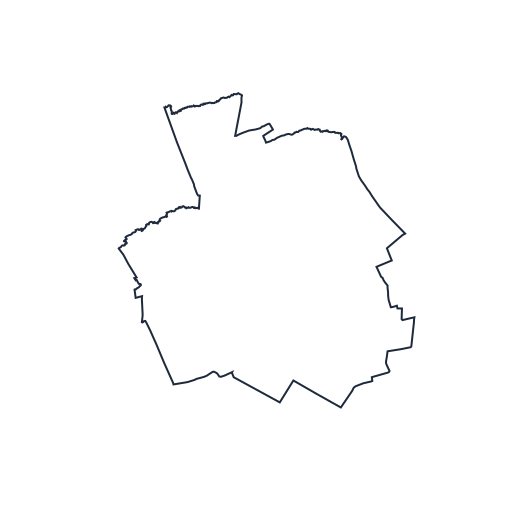 outline of Salcuta, Dolj, Romania, rotated 322°
{"feature_id": "2599482B15452275926082", "entity_name": "Salcuta", "entity_type": "district", "adm_level": 2, "iso_a3": "ROU", "parent_name": "Romania", "parent_adm1": "Dolj", "projection": "natural_earth1", "projection_center": [23.464, 44.234], "detail": "fine", "context": "isolated", "style": "outline", "palette": "slate", "viewbox_px": 512, "rotation_deg": 322, "n_neighbors": 0, "source": "geoboundaries", "source_scale": "gbopen_adm2", "svg_char_len": 6010}
<svg xmlns="http://www.w3.org/2000/svg" viewBox="0 0 512 512"><g transform="rotate(322 256 256)"><path d="M248.7,421.5L252.1,419.9L254.4,420.0L262.3,422.4L269.8,425.9L270.7,426.1L272.7,422.8L288.2,429.1L289.2,429.3L290.4,428.9L292.0,422.0L292.6,420.3L293.7,419.0L296.7,416.3L301.0,412.1L313.1,418.8L321.7,423.1L322.4,423.0L322.8,422.8L340.0,405.1L341.4,403.4L343.1,401.8L332.0,396.7L331.9,395.4L338.7,387.2L335.2,384.4L336.4,381.9L332.7,380.5L330.7,379.4L333.5,372.2L335.7,368.6L337.8,365.8L340.0,362.2L341.5,360.2L341.4,357.2L341.6,353.6L342.3,351.2L341.8,349.4L344.3,338.7L360.2,343.1L363.9,330.5L384.4,329.7L387.3,330.2L385.2,310.9L383.6,294.3L383.7,291.2L384.3,280.3L384.9,274.9L384.8,272.2L385.2,268.3L385.5,261.0L386.1,256.6L388.9,248.9L390.0,247.0L392.7,239.7L395.9,231.9L397.6,226.9L399.8,221.1L400.1,219.3L400.1,217.4L399.1,215.9L398.6,215.9L395.8,216.8L394.4,216.7L396.1,216.1L396.6,215.8L397.2,213.3L397.6,212.8L398.0,212.8L398.4,212.3L398.2,212.0L398.2,211.4L398.1,211.0L396.7,210.2L396.6,209.6L396.3,209.3L394.3,207.8L394.3,206.6L392.8,205.5L391.6,204.9L389.9,203.2L389.7,202.0L389.3,202.0L388.6,201.1L389.4,200.8L389.3,200.6L387.5,200.3L387.3,199.7L385.7,199.1L385.0,199.1L384.9,198.4L383.6,198.0L383.4,196.9L384.0,195.7L383.5,195.1L383.3,194.4L383.0,194.2L382.5,194.4L380.7,193.0L379.8,192.7L379.0,190.8L378.7,190.6L377.6,190.5L377.1,190.3L377.0,190.0L377.2,189.4L376.6,188.7L375.5,187.9L375.2,186.8L374.2,186.8L372.2,185.4L370.9,185.2L369.6,184.7L368.5,184.6L367.3,183.9L366.2,184.2L365.6,184.2L364.8,183.7L364.3,183.0L363.0,183.0L362.4,182.5L361.0,182.8L359.4,182.7L358.6,182.2L357.3,180.4L356.6,179.7L354.0,178.5L353.0,178.5L350.1,177.0L345.1,175.8L342.2,175.7L340.4,174.7L338.4,174.5L336.1,173.8L333.7,172.8L334.5,170.5L335.2,167.0L335.7,165.8L347.1,166.8L347.3,166.2L348.0,160.5L347.9,160.1L347.6,159.7L345.5,159.0L342.0,158.5L340.4,157.7L338.8,157.9L337.8,157.8L333.5,156.0L327.9,152.9L321.8,150.9L317.4,149.7L314.4,149.2L313.5,148.5L338.3,126.8L338.9,126.3L342.1,122.2L343.8,120.9L343.9,120.6L343.2,119.0L342.5,117.8L342.4,116.9L341.1,116.5L340.4,116.7L338.1,114.6L336.9,115.2L336.1,114.8L335.9,114.1L332.9,114.5L332.5,113.6L331.4,113.3L330.5,113.4L328.6,112.2L328.1,111.2L325.3,110.1L324.4,110.6L322.9,110.5L322.3,110.9L321.6,111.0L321.2,110.8L321.0,110.1L320.5,109.8L320.1,110.2L319.5,110.4L318.1,109.7L317.4,109.8L316.6,109.3L316.2,108.7L315.6,108.5L315.1,108.3L314.8,107.5L314.1,106.7L311.9,105.7L311.3,105.6L310.1,104.6L309.9,104.5L309.4,104.9L308.9,104.7L308.6,104.0L308.3,103.6L307.5,104.2L307.2,104.2L306.1,102.9L304.7,103.0L304.3,103.3L303.8,102.8L303.2,102.8L302.7,102.4L302.6,102.1L301.9,101.3L300.7,100.7L300.0,100.6L300.1,100.1L299.8,99.9L299.6,99.1L299.0,99.3L298.1,99.0L297.8,98.7L297.3,98.6L297.2,98.2L296.6,98.2L296.2,97.4L295.5,97.5L294.1,96.3L292.8,96.5L292.4,95.9L292.0,95.9L291.6,96.0L290.9,95.3L290.1,95.6L289.7,95.4L289.3,94.8L288.3,94.9L287.4,94.4L286.8,94.6L286.7,94.9L286.2,95.2L285.7,94.2L285.4,94.0L285.0,94.1L284.7,94.8L283.8,94.4L283.4,94.0L281.7,94.7L281.4,93.4L281.2,93.3L280.7,93.3L279.4,93.8L279.2,93.3L279.4,92.8L279.3,92.5L278.3,92.8L277.7,92.7L277.2,92.4L277.1,92.1L278.0,90.9L278.8,90.1L278.7,89.2L279.5,87.8L279.8,86.7L280.0,86.5L280.9,86.2L281.3,85.8L281.2,85.4L280.8,85.1L281.1,84.6L280.0,83.5L277.7,83.8L277.0,83.7L276.7,83.3L276.6,82.7L275.4,83.0L275.2,82.8L263.7,117.8L257.0,140.5L255.4,145.5L252.9,154.4L252.7,155.9L251.2,161.4L250.4,162.7L250.1,163.4L247.9,170.4L247.6,172.6L248.9,173.8L240.2,183.5L239.9,183.1L240.4,182.6L240.3,182.4L238.8,181.7L238.5,181.4L237.5,180.9L237.4,180.6L237.7,180.2L237.4,179.8L236.8,180.0L236.6,179.8L236.7,179.0L236.0,178.1L234.3,177.7L233.4,177.1L233.1,176.9L232.9,176.1L232.2,176.2L231.5,175.5L230.8,175.6L230.4,175.5L230.4,175.2L230.6,174.5L229.8,173.9L229.8,173.1L229.4,172.0L228.5,171.6L227.5,172.0L226.3,171.6L226.0,171.3L226.3,170.8L226.3,170.5L225.2,170.1L224.7,170.6L224.2,170.8L223.8,170.4L223.1,170.3L222.1,169.7L221.6,169.8L220.4,170.4L219.0,170.3L218.1,169.6L217.2,168.4L216.7,168.7L216.5,168.3L216.0,168.0L215.2,167.7L214.0,167.6L212.6,166.8L212.2,166.8L212.1,167.6L211.5,168.1L211.2,168.6L210.4,168.6L210.3,169.8L210.2,170.1L209.5,170.1L209.0,169.3L207.9,168.8L207.4,168.8L206.2,168.1L203.6,167.6L202.8,167.8L202.2,168.3L202.1,169.2L201.7,169.2L200.9,168.8L200.7,168.9L200.6,169.2L199.4,168.9L199.1,169.7L198.6,169.9L198.1,169.4L197.8,168.8L197.3,168.2L196.8,167.8L197.0,166.7L196.8,166.5L196.5,166.5L195.8,167.0L195.4,167.0L195.1,166.8L195.1,165.5L194.8,164.8L194.2,164.4L192.9,164.0L192.4,164.0L191.0,165.1L190.7,164.9L190.0,163.9L188.6,163.8L188.4,164.0L188.4,164.5L188.1,164.8L186.6,165.2L185.6,165.7L185.0,165.7L183.8,165.3L182.6,166.1L182.3,166.1L181.3,165.9L181.3,165.7L182.3,165.0L182.7,164.0L182.5,163.8L181.2,163.8L179.8,163.5L179.7,163.3L179.9,162.8L179.8,162.6L179.0,162.0L178.3,161.9L177.1,161.5L176.8,162.3L176.4,162.6L175.4,162.7L173.3,161.8L172.2,161.9L171.8,162.2L170.3,162.1L168.9,161.5L167.1,161.0L165.3,160.8L164.8,160.9L164.5,161.1L164.6,162.8L164.4,163.1L163.4,163.1L162.7,162.8L161.4,162.8L161.1,163.0L161.2,163.5L162.2,164.3L162.4,164.7L162.2,165.4L162.2,166.1L161.7,166.5L161.3,166.4L160.9,166.0L160.3,165.9L159.3,166.7L158.7,166.6L158.3,166.5L157.8,165.7L157.2,165.4L156.2,165.4L155.0,165.8L153.1,165.4L152.4,165.6L152.3,173.2L150.5,183.7L148.7,199.3L146.5,198.5L146.3,201.2L147.2,201.3L146.5,205.6L146.6,205.9L147.7,207.0L147.5,207.9L147.0,208.2L145.7,208.2L145.1,208.4L144.0,208.5L142.7,208.2L140.8,208.3L140.2,207.8L139.6,207.7L135.4,214.9L141.5,217.5L139.9,219.2L130.8,232.1L129.8,233.3L125.3,237.9L125.7,238.5L126.4,238.6L127.5,238.4L128.6,238.8L128.8,239.0L128.5,241.3L126.8,249.4L123.2,263.9L117.8,283.7L112.5,305.1L111.9,306.4L124.4,313.2L129.7,315.2L132.0,316.0L133.2,316.1L140.5,319.2L143.4,320.0L150.6,320.6L151.6,321.3L152.8,323.6L153.0,324.3L153.1,325.2L152.9,328.3L153.8,329.5L157.3,330.8L165.7,332.8L165.3,333.0L164.9,333.9L163.8,337.8L184.6,386.0L208.8,377.1L219.0,402.3L229.6,427.6L248.7,421.5Z" fill="none" stroke="#1e293b" stroke-width="2"/></g></svg>